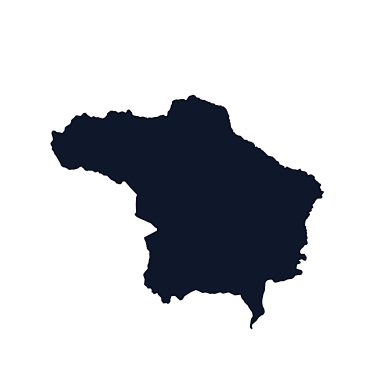 Atsabe, Ermera, East Timor (orthographic projection), rotated 226°
{"feature_id": "22284137B3640160656935", "entity_name": "Atsabe", "entity_type": "district", "adm_level": 2, "iso_a3": "TLS", "parent_name": "East Timor", "parent_adm1": "Ermera", "projection": "orthographic", "projection_center": [125.398, -8.932], "detail": "fine", "context": "isolated", "style": "filled", "palette": "ink", "viewbox_px": 384, "rotation_deg": 226, "n_neighbors": 0, "source": "geoboundaries", "source_scale": "gbopen_adm2", "svg_char_len": 6021}
<svg xmlns="http://www.w3.org/2000/svg" viewBox="0 0 384 384"><g transform="rotate(226 192 192)"><path d="M308.9,176.6L310.5,176.0L312.1,174.0L313.6,173.7L314.5,173.2L314.8,171.4L315.1,170.7L320.2,169.6L322.4,169.8L323.0,169.3L323.4,168.7L323.3,164.6L323.8,163.8L326.6,162.0L327.0,160.9L326.6,158.3L326.9,157.2L326.9,155.2L326.3,154.8L325.5,153.3L324.9,151.3L326.0,146.7L325.9,145.5L324.3,143.5L324.0,142.6L323.8,139.1L326.6,137.5L328.7,135.6L330.8,135.4L332.1,134.2L331.9,133.0L331.1,132.0L327.6,130.3L325.8,128.9L325.3,128.2L324.7,124.4L323.1,123.6L321.7,123.6L321.0,123.3L319.7,121.4L316.9,121.2L315.0,120.2L311.5,119.8L306.7,118.6L303.6,117.7L301.9,116.9L299.8,117.1L298.2,118.3L296.3,119.1L293.9,119.5L293.4,119.9L292.1,121.8L290.6,123.2L289.5,125.3L288.9,126.4L288.7,128.5L287.6,131.0L286.2,130.7L285.1,131.1L282.1,130.8L281.3,131.1L280.2,132.2L279.6,133.4L278.5,134.0L277.7,135.3L277.1,135.8L274.0,136.4L273.4,137.2L272.9,138.6L272.4,139.2L271.7,139.4L270.6,139.3L270.1,139.0L268.5,140.2L265.7,140.6L262.8,143.1L260.9,142.9L259.9,143.1L258.0,142.8L253.2,144.5L250.8,144.3L248.2,146.0L247.8,146.7L247.9,147.4L248.4,149.4L248.2,150.0L246.9,151.7L245.0,151.8L238.7,151.4L228.0,151.3L227.5,151.1L226.4,148.5L221.3,143.2L215.8,138.3L215.4,137.8L215.3,135.9L214.8,135.6L212.6,135.7L210.9,136.2L198.1,141.4L192.4,141.5L190.7,142.2L190.1,142.2L188.5,141.1L187.8,140.1L188.0,139.1L191.8,126.3L190.9,125.6L188.1,124.7L185.7,123.1L184.7,122.9L183.9,121.8L183.1,121.8L182.2,120.8L177.9,120.7L177.3,119.4L173.7,116.3L172.7,114.4L170.6,111.9L170.1,110.4L169.3,109.1L167.1,107.5L166.8,106.7L166.6,102.8L166.0,100.3L165.5,99.7L161.7,98.0L158.3,93.9L155.4,94.3L153.8,93.9L153.1,94.3L152.4,95.6L150.8,96.1L149.1,95.6L147.8,94.2L146.2,94.6L145.4,94.3L144.9,95.2L144.3,97.3L143.4,97.7L141.4,97.0L137.5,97.1L136.0,96.4L134.6,95.0L132.1,94.7L130.6,96.8L129.6,97.4L129.0,97.4L128.5,98.2L129.0,100.3L130.1,100.9L130.5,101.6L132.0,104.4L131.9,105.5L129.4,108.4L122.9,108.7L122.5,109.1L122.1,110.0L122.0,110.8L122.9,114.0L122.7,115.6L121.3,122.2L119.9,125.7L119.9,126.5L119.5,127.0L117.0,128.4L112.5,130.0L111.3,131.8L110.5,132.6L106.4,135.0L105.7,136.1L103.3,138.2L101.2,142.5L100.0,143.6L98.2,144.0L97.5,144.7L95.2,148.7L94.4,149.4L88.7,151.4L88.0,152.0L85.1,156.0L84.5,156.2L83.9,156.1L80.9,154.6L78.1,154.4L75.7,153.8L71.2,154.0L69.3,153.2L63.3,152.3L60.4,150.4L59.6,149.5L59.0,146.6L54.8,141.0L53.7,140.2L51.9,140.2L53.4,140.6L54.8,141.7L55.6,143.0L55.3,149.0L56.1,153.0L55.6,156.9L55.2,157.3L55.0,158.2L55.6,160.4L57.6,161.8L61.0,163.0L63.5,164.6L65.5,166.5L66.5,167.7L69.7,172.4L71.1,175.5L76.1,181.1L76.6,182.0L77.0,183.5L76.6,185.8L74.7,188.6L73.3,189.4L72.3,189.4L71.0,189.0L69.5,189.4L68.0,191.7L66.7,194.4L64.9,196.3L63.2,200.7L60.9,203.7L60.4,205.8L60.9,208.3L59.2,211.1L57.7,212.6L57.3,213.8L57.6,214.6L57.9,215.2L58.6,215.6L59.7,215.7L63.9,213.1L64.6,213.3L65.9,214.6L67.6,217.2L67.6,217.7L66.2,220.0L66.2,220.5L66.7,220.9L67.8,220.5L68.3,220.0L69.0,220.3L69.3,220.8L69.2,222.1L67.8,225.3L66.2,225.3L64.6,225.9L64.4,226.5L65.4,228.2L65.7,228.5L69.1,229.2L71.2,226.9L71.9,226.7L73.4,226.9L74.4,227.8L75.1,228.1L75.8,230.5L75.7,233.9L76.3,236.0L75.2,237.7L75.1,239.0L76.6,240.0L78.3,240.6L78.7,241.1L79.1,242.7L82.3,244.4L82.8,245.6L84.9,246.6L84.9,247.3L87.3,248.2L88.1,249.4L89.1,249.1L89.9,249.4L90.5,250.2L91.4,250.4L91.8,250.8L91.6,251.5L92.7,252.7L93.7,254.9L93.5,257.0L94.3,257.5L94.0,258.1L94.0,259.3L94.5,260.8L97.1,261.4L96.5,262.2L96.0,264.7L97.6,266.0L97.3,268.1L98.9,268.7L99.8,269.6L99.8,271.9L100.8,275.5L100.8,277.6L100.4,278.6L99.0,279.9L98.2,280.9L98.2,281.5L98.4,281.9L99.9,282.5L100.2,282.9L100.9,286.3L101.4,286.1L102.0,285.4L103.2,285.3L104.4,285.6L104.7,286.2L105.5,286.0L106.7,286.5L107.6,287.8L107.8,289.2L108.4,289.4L109.8,288.9L112.5,288.9L114.5,288.4L116.0,288.8L117.1,288.7L117.5,289.8L118.0,290.1L118.8,290.1L120.9,289.6L121.7,289.2L122.8,286.7L124.2,286.6L126.7,287.4L128.2,286.8L130.1,285.2L131.7,284.7L133.2,285.3L134.0,282.5L135.9,281.6L137.9,279.6L139.2,279.2L139.9,278.7L141.1,278.5L141.8,278.0L143.7,277.5L143.9,275.5L144.6,274.7L145.1,274.6L146.6,275.3L147.9,274.7L148.7,274.7L150.6,273.4L151.9,273.5L152.3,274.1L153.4,274.6L156.2,273.7L158.2,274.0L161.3,273.8L162.3,272.9L163.2,272.6L163.9,271.7L165.5,271.2L170.3,271.2L170.7,271.0L172.0,271.2L174.6,270.5L175.5,270.9L176.4,270.6L177.2,269.6L179.4,269.4L180.0,268.0L180.9,267.9L182.5,269.2L183.4,269.2L184.6,269.5L185.8,268.9L186.2,269.0L188.0,268.0L188.2,267.5L188.7,267.2L191.0,267.0L192.9,265.2L198.1,265.3L199.1,264.8L199.9,264.0L202.9,262.9L203.9,262.8L204.9,263.3L206.0,262.7L206.9,262.7L208.2,263.8L211.1,264.2L212.1,264.6L215.4,267.1L217.0,267.3L217.5,268.6L219.4,269.0L220.3,269.5L220.9,270.8L223.2,271.6L226.1,272.9L227.5,273.2L227.7,273.5L229.3,273.6L230.3,273.3L230.7,273.5L231.5,273.3L232.3,272.1L233.6,272.4L234.2,272.0L234.6,270.7L236.1,270.3L237.9,268.6L238.4,268.3L239.0,268.8L239.7,268.8L242.2,266.9L244.3,266.6L244.9,265.8L246.5,265.3L246.7,264.9L248.7,264.5L249.4,264.1L250.3,263.0L251.9,262.4L252.9,261.5L254.6,261.9L255.0,261.3L256.7,260.2L259.2,260.5L260.3,260.0L261.0,259.2L260.8,258.9L261.6,257.9L262.3,256.2L261.4,252.3L261.7,250.9L262.5,250.4L263.9,250.2L264.5,249.7L266.2,247.8L267.8,245.1L268.8,244.8L270.2,241.8L270.1,240.4L269.4,240.2L268.7,239.2L268.2,237.1L267.1,235.7L266.1,233.7L265.8,232.3L266.0,230.9L265.8,230.4L264.2,228.5L263.4,226.8L263.4,226.1L264.8,224.9L267.0,224.5L267.8,222.9L268.6,222.0L269.2,219.6L269.8,218.4L271.3,216.7L272.8,214.0L274.0,213.3L274.9,212.3L274.9,211.4L275.3,210.6L275.9,210.4L276.5,210.6L277.3,209.8L279.1,209.1L280.5,207.8L280.8,206.9L281.6,206.1L283.8,205.3L284.0,204.7L286.0,203.5L286.0,202.9L287.3,202.7L288.1,202.2L288.8,202.1L291.2,203.3L293.8,203.5L294.8,203.2L295.1,202.6L294.4,200.4L294.3,199.1L294.5,198.8L297.8,197.5L298.2,197.0L299.8,193.3L302.9,192.7L303.8,191.5L305.5,190.5L306.4,189.3L306.8,185.9L306.1,185.2L305.6,184.1L305.7,183.1L305.4,181.7L305.6,180.2L306.6,177.9L308.0,177.6L308.9,176.6Z" fill="#0f172a" stroke="#020617" stroke-width="1.5"/></g></svg>